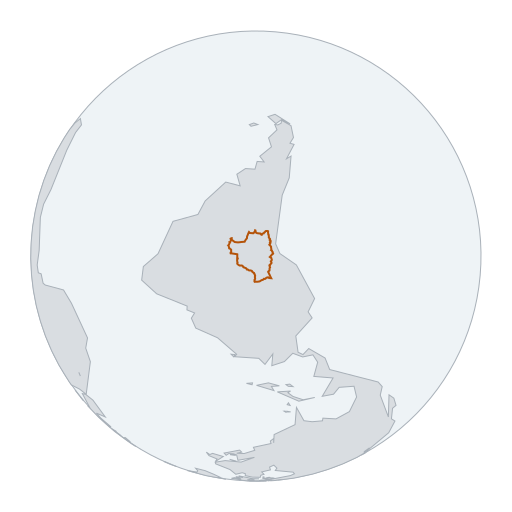 Bolivia highlighted on a globe, orthographic projection, rotated 185°
{"feature_id": "BOL", "entity_name": "Bolivia", "entity_type": "country or territory", "adm_level": 0, "iso_a3": "BOL", "parent_name": "South America", "parent_adm1": "", "projection": "orthographic", "projection_center": [-65.153, -16.301], "detail": "fine", "context": "on_globe", "style": "outline", "palette": "amber", "viewbox_px": 512, "rotation_deg": 185, "n_neighbors": 0, "source": "natural_earth", "source_scale": "50m", "svg_char_len": 9534}
<svg xmlns="http://www.w3.org/2000/svg" viewBox="0 0 512 512"><g transform="rotate(185 256 256)"><circle cx="256" cy="256" r="225" fill="#eef3f6" stroke="#a8b0b8"/><path d="M195.6,39.0L196.1,38.8L198.3,38.2L200.8,37.6L205.3,36.6L211.8,35.2L211.2,35.6L216.9,34.3L216.1,34.3L218.2,33.9L222.1,33.3L220.2,33.7L222.2,33.5L220.5,33.9L223.5,33.3L223.0,34.0L229.0,32.6L233.3,32.5L231.5,33.2L224.4,34.1L202.7,40.2L198.7,42.4L200.2,43.9L218.1,44.0L216.7,46.5L220.0,49.2L224.1,46.9L223.0,44.2L231.5,41.4L229.0,39.2L232.1,38.0L232.5,35.9L240.3,35.4L247.6,36.3L247.6,38.2L250.8,38.9L257.1,36.8L263.3,41.0L278.0,45.4L278.7,47.0L268.9,49.5L252.9,49.4L240.0,55.3L256.2,50.9L257.9,56.1L261.4,57.0L265.9,56.8L268.4,54.9L270.6,56.9L255.4,61.2L253.2,59.4L258.0,57.8L250.5,58.2L240.3,62.3L241.9,65.2L224.7,70.5L225.6,72.9L222.4,75.8L222.1,71.4L222.4,79.7L202.4,91.4L202.5,108.7L193.9,96.1L185.6,95.8L175.4,97.6L175.2,100.3L162.1,100.7L149.4,109.1L143.5,124.3L147.0,134.8L161.7,132.4L166.7,125.1L177.8,122.0L168.6,141.2L187.9,141.1L185.3,155.6L190.7,162.5L200.7,159.5L210.9,162.3L218.5,153.3L230.7,148.1L230.7,159.9L237.6,148.8L244.3,154.3L268.6,153.8L266.7,156.4L287.2,171.2L309.7,178.9L315.0,188.4L312.2,193.9L320.1,196.3L320.2,200.1L351.7,209.7L367.8,222.0L367.3,235.7L353.8,249.7L341.7,283.3L317.5,292.3L311.4,306.5L292.6,327.0L277.9,324.5L282.2,335.8L274.1,342.2L264.6,342.4L263.1,350.3L256.1,350.4L260.9,355.7L250.1,366.1L253.8,374.8L246.1,383.5L248.8,388.6L245.6,388.5L242.5,390.5L242.4,393.4L232.5,388.9L229.0,377.3L232.0,371.3L227.8,370.5L234.1,355.5L229.8,358.6L229.7,336.7L235.2,318.9L237.5,269.8L232.4,260.5L215.0,250.6L193.9,218.7L199.2,204.9L194.7,199.2L209.4,179.8L205.7,163.8L200.6,161.9L195.4,168.4L178.3,160.4L172.7,149.3L123.3,141.1L118.9,136.9L120.1,128.2L110.1,107.2L111.4,129.3L106.3,126.4L103.5,119.4L106.7,116.2L106.9,105.6L103.2,103.7L108.4,91.5L126.5,73.5L126.7,74.4L131.1,70.6L131.1,69.5L130.0,69.8L137.7,64.3L151.5,56.4L165.8,49.6L180.5,43.7L195.6,39.0ZM200.7,115.1L222.9,122.5L209.8,124.5L212.3,122.6L206.9,119.3L196.5,116.9L185.1,120.2L200.7,115.1ZM211.8,104.1L207.9,103.7L211.8,103.3L211.8,104.1ZM128.8,70.5L130.6,69.8L128.9,72.1L126.9,72.7L128.8,70.5ZM133.9,66.7L129.8,69.4L130.1,69.2L130.7,68.8L133.9,66.7ZM228.3,36.4L230.3,36.2L229.2,36.7L228.3,36.4ZM226.5,35.9L223.6,36.7L222.4,36.6L224.1,36.1L226.5,35.9ZM230.3,35.1L220.5,36.4L218.3,36.3L223.2,34.6L230.3,35.1ZM214.3,34.6L215.2,34.6L210.9,35.3L214.3,34.6ZM211.0,35.3L209.8,35.5L211.0,35.3ZM241.0,31.2L243.2,31.1L239.2,31.4L241.0,31.2ZM249.4,398.8L233.5,390.6L242.3,394.2L247.7,389.6L256.2,395.9L249.4,398.8ZM265.6,387.1L272.3,384.8L274.1,386.3L269.8,388.3L265.6,387.1ZM410.7,92.2L408.8,91.2L417.0,103.8L413.6,103.3L405.9,98.2L392.1,82.5L401.3,85.6L396.6,81.1L385.5,73.1L389.3,75.1L385.9,72.5L388.4,73.9L385.6,71.7L398.5,81.5L410.7,92.2ZM457.2,357.3L457.1,357.5L452.6,365.9L448.0,372.7L442.9,377.6L441.3,371.4L446.5,363.3L453.7,345.0L466.1,304.2L472.1,289.1L474.2,275.6L472.5,242.7L473.2,228.0L471.4,220.3L468.5,219.5L465.7,210.3L463.4,208.7L444.8,205.4L435.7,192.8L416.7,159.7L417.6,149.4L411.8,136.3L413.1,103.4L420.1,108.0L428.7,111.5L431.0,114.2L437.3,122.6L443.0,130.4L451.4,143.9L458.8,157.9L465.2,172.5L470.6,187.4L474.9,202.7L478.1,218.3L480.2,234.0L481.2,249.8L481.1,265.7L479.8,281.6L477.5,297.3L474.0,312.8L469.5,328.0L463.9,342.8L457.2,357.3ZM420.5,121.1L422.4,124.7L420.5,121.1ZM269.4,153.6L272.3,156.0L268.4,156.0L269.4,153.6ZM207.7,129.1L212.5,129.0L214.9,130.5L211.2,131.3L207.7,129.1ZM248.7,127.4L254.4,128.3L248.4,129.3L248.7,127.4ZM226.4,123.5L244.2,127.2L232.6,130.7L221.4,128.7L229.3,127.4L226.4,123.5ZM209.0,110.1L212.0,110.6L210.9,112.6L209.0,110.1ZM214.6,103.9L213.5,104.1L212.1,102.7L214.6,103.9ZM258.7,55.8L260.0,55.6L264.5,55.8L262.2,56.6L258.7,55.8ZM285.4,53.0L288.4,56.3L284.7,54.2L282.1,55.6L271.1,53.4L278.6,47.7L277.1,50.4L285.4,53.0ZM258.5,49.8L264.6,51.2L257.6,49.9L258.5,49.8ZM364.7,59.2L368.6,61.2L371.9,63.5L370.3,63.7L365.4,60.2L364.7,59.2ZM360.4,56.4L361.8,57.1L362.9,57.7L364.4,58.5L367.3,60.2L381.4,68.8L385.3,71.6L380.2,69.3L379.7,68.3L376.0,66.1L373.2,63.8L359.2,55.8L359.6,55.9L360.4,56.4ZM330.1,43.3L328.9,43.1L322.7,41.2L322.8,41.1L316.8,39.3L323.5,41.1L330.1,43.3ZM240.9,32.4L238.0,32.7L240.5,32.1L240.9,32.4ZM232.3,32.0L232.2,32.0L232.8,31.9L237.4,31.5L241.3,31.2L253.5,31.4L250.8,31.6L261.1,32.4L258.1,33.3L251.5,32.6L256.9,34.4L249.7,34.2L254.1,35.5L239.8,33.9L233.6,34.3L241.7,33.4L244.6,32.3L244.1,32.0L237.8,31.8L225.8,32.9L226.8,32.6L232.3,32.0ZM305.8,36.3L296.0,35.6L295.3,37.0L297.7,39.3L287.9,37.7L279.4,35.0L272.9,32.6L275.1,31.9L270.3,31.7L269.9,31.4L273.8,31.7L267.5,31.1L268.2,31.1L266.5,31.0L286.3,32.8L305.8,36.3ZM419.0,100.6L424.5,106.6L423.5,105.6L419.0,100.6ZM416.2,97.6L418.8,100.3L416.0,97.5L415.1,96.6L416.2,97.6Z" fill="#d9dde1" stroke="#a8b0b8" stroke-width="1"/><path d="M239.7,260.9L239.7,260.7L239.5,260.2L239.2,260.1L239.1,259.9L239.2,259.7L239.7,259.3L239.9,259.3L240.0,259.1L240.1,258.9L240.5,258.4L240.8,258.0L241.0,257.8L241.3,257.6L241.4,257.1L241.4,256.8L241.5,256.7L241.8,256.5L242.0,256.3L242.1,256.2L241.8,256.0L241.3,255.8L241.0,255.8L240.8,255.7L240.7,255.6L240.0,253.9L239.9,253.6L239.9,253.4L240.3,252.6L240.5,252.3L240.8,252.0L240.7,251.8L240.2,251.2L240.0,250.9L240.0,250.6L240.0,250.2L240.3,250.0L240.4,249.7L240.5,249.5L240.6,249.4L240.8,249.2L240.9,248.9L241.2,248.7L241.3,248.6L241.3,248.1L241.5,248.0L241.8,247.9L241.8,247.5L241.6,247.1L241.4,247.0L241.2,246.2L241.0,245.9L241.1,245.7L241.4,245.1L241.4,244.7L241.3,243.0L241.3,242.7L241.5,242.5L241.8,242.2L242.0,242.1L242.2,241.9L242.2,241.6L242.3,241.4L242.5,241.2L241.9,240.3L241.5,239.5L241.0,238.8L240.5,237.9L240.2,237.3L239.8,236.6L239.4,236.0L238.9,235.2L239.4,235.2L240.3,235.2L241.2,235.3L241.7,235.4L242.0,235.5L242.2,235.8L242.4,235.7L242.6,235.7L243.1,235.5L243.5,235.4L243.8,235.2L244.0,235.0L244.4,234.4L244.7,234.1L245.0,234.0L245.6,233.9L245.8,234.0L246.1,234.0L246.3,233.7L246.6,233.3L247.2,232.8L247.6,232.7L247.8,232.6L248.1,232.5L248.4,232.4L249.9,231.2L250.5,230.9L250.9,230.8L251.2,230.8L251.7,230.6L253.0,230.4L253.9,230.4L254.1,230.5L254.4,230.5L254.7,230.2L254.9,230.1L255.1,230.2L255.3,230.5L255.4,230.8L255.3,231.0L255.3,231.4L255.4,231.8L255.4,232.3L255.1,232.8L254.9,233.0L254.9,233.3L254.9,233.6L255.0,234.1L255.3,234.8L255.3,235.3L255.2,235.6L255.1,235.9L255.1,236.2L255.2,236.3L255.3,236.4L255.3,236.6L255.4,236.9L255.5,237.2L255.8,237.5L255.9,238.0L256.0,238.2L256.4,238.4L256.5,238.5L256.6,238.8L256.6,239.0L256.9,239.1L257.2,239.2L257.4,239.3L257.8,239.7L258.1,239.9L258.5,240.1L258.6,240.4L258.8,240.8L259.4,241.0L260.2,241.1L260.7,241.2L261.2,241.0L261.6,241.0L262.0,241.2L262.2,241.3L262.5,241.5L262.9,241.8L263.3,241.9L263.6,241.8L263.8,241.7L264.0,241.8L264.1,242.1L264.2,242.3L264.4,242.5L264.9,242.9L265.1,243.1L265.4,243.1L266.1,243.3L266.7,243.6L267.1,243.7L267.4,243.6L267.6,243.7L267.7,244.1L268.3,244.7L268.5,245.0L268.9,245.2L269.7,245.2L269.9,245.3L270.3,245.2L271.4,245.1L271.6,245.1L272.2,245.4L272.9,245.8L273.4,246.1L273.7,246.3L273.9,246.6L274.0,246.9L274.1,247.2L274.0,247.6L273.9,247.7L273.8,247.9L273.9,248.2L274.1,248.5L274.2,248.8L274.3,249.4L274.4,249.6L274.5,251.5L274.0,251.5L273.3,251.5L273.5,251.6L274.1,252.3L274.6,253.0L274.6,254.0L274.7,254.7L274.7,255.6L274.8,256.1L276.1,256.2L277.5,256.3L279.3,256.4L280.9,256.5L281.1,256.5L281.3,256.4L281.5,256.4L281.6,256.6L281.6,256.9L281.6,257.2L281.1,257.8L281.1,258.0L281.1,258.8L281.3,259.5L281.3,260.1L281.5,260.3L282.0,260.6L282.8,261.2L283.1,261.3L283.4,261.3L283.5,261.5L283.5,261.9L283.9,263.0L284.2,263.7L284.3,263.9L284.5,264.1L284.3,264.2L284.2,264.3L283.9,265.1L283.6,266.1L283.3,266.8L283.5,266.8L283.5,267.0L283.6,267.3L283.3,267.3L283.2,267.4L283.0,268.0L282.6,268.7L282.2,269.5L281.9,270.0L282.3,270.3L282.9,270.9L282.8,271.1L282.5,271.2L282.3,271.2L282.1,271.4L282.0,271.6L281.7,271.6L281.8,271.0L281.8,270.4L281.7,270.3L280.7,269.5L279.7,268.9L278.5,268.1L276.8,268.0L275.1,268.0L273.4,268.3L271.8,268.7L271.0,268.8L269.5,269.1L268.6,269.2L268.3,269.9L267.9,270.8L267.6,271.4L267.2,272.0L266.6,272.8L266.6,273.8L266.6,274.8L266.1,276.1L265.8,277.3L265.4,278.4L265.2,279.1L265.1,279.3L264.8,279.0L264.5,278.6L264.5,278.4L264.4,278.4L262.9,278.4L261.4,278.4L261.2,278.5L260.9,278.4L260.7,278.4L260.5,278.5L260.3,278.7L259.7,279.8L259.4,280.3L259.2,280.7L259.1,281.5L258.8,281.4L258.6,280.7L258.5,280.3L258.3,279.8L258.0,279.3L257.7,279.1L257.4,279.0L257.1,278.9L256.6,278.8L256.3,278.8L254.8,278.8L254.7,278.7L254.1,278.8L253.7,278.8L253.4,278.5L252.7,277.9L252.6,277.7L252.3,277.6L252.1,277.6L251.9,278.2L251.7,278.6L251.6,278.8L251.1,279.0L250.6,279.2L250.3,279.2L250.2,279.4L250.1,279.7L250.0,280.0L249.3,280.4L249.2,280.6L249.1,280.9L248.7,281.4L248.6,281.6L248.0,281.8L247.2,281.9L246.8,281.9L246.4,281.9L246.1,281.7L246.1,281.3L246.1,280.9L246.1,280.4L245.8,279.7L245.8,279.2L245.7,278.7L245.3,278.4L245.2,277.9L245.2,277.5L244.9,277.0L244.9,276.3L244.9,275.7L244.4,275.1L244.0,274.3L243.6,274.3L243.5,274.2L243.4,273.7L243.5,273.5L243.7,273.1L243.0,272.6L242.8,272.4L242.7,272.3L242.7,272.1L242.9,272.0L243.0,271.9L242.8,271.5L242.8,271.2L242.7,271.1L242.8,270.9L243.3,270.8L243.4,270.5L243.4,270.3L243.3,270.1L242.9,269.6L243.3,268.9L243.6,268.5L243.7,268.4L243.6,268.2L243.4,268.1L243.1,267.9L242.9,267.7L242.6,267.4L242.2,267.1L242.0,266.8L241.8,266.6L241.8,266.4L241.8,266.0L241.6,265.4L241.5,265.0L241.4,264.5L241.4,264.2L241.3,263.9L241.2,263.6L241.1,263.4L241.2,263.2L241.3,263.1L240.6,262.7L240.3,261.9L239.7,261.4L239.7,260.9Z" fill="none" stroke="#b45309" stroke-width="2"/></g></svg>